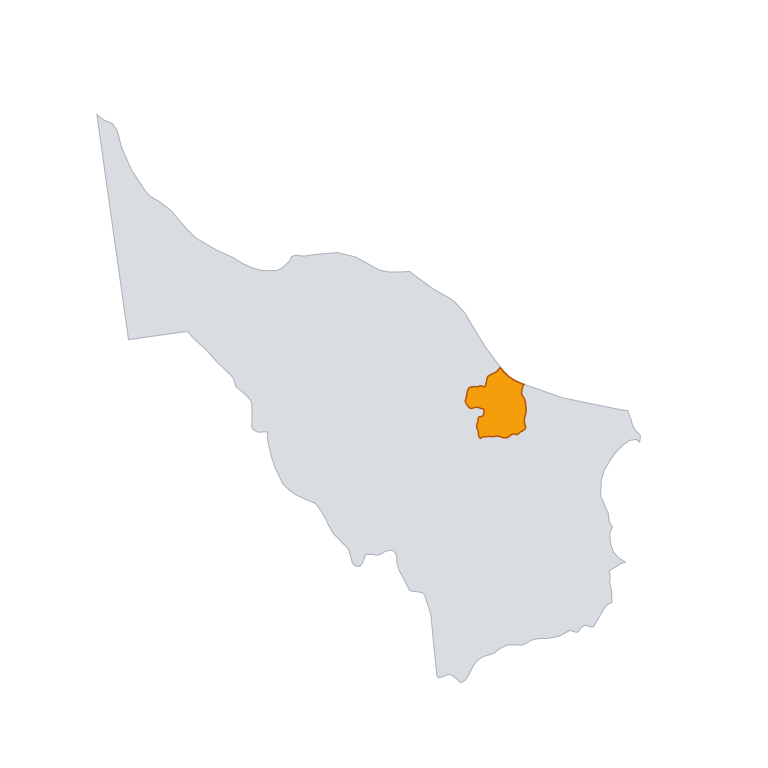 Rabat - Salé - Zemmour - Zaer on a map of Morocco (Mercator projection), rotated 82°
{"feature_id": "MAR-1451", "entity_name": "Rabat - Salé - Zemmour - Zaer", "entity_type": "Region", "adm_level": 1, "iso_a3": "MAR", "parent_name": "Morocco", "parent_adm1": "", "projection": "mercator", "projection_center": [-6.34, 33.685], "detail": "fine", "context": "in_parent", "style": "filled", "palette": "amber", "viewbox_px": 768, "rotation_deg": 82, "n_neighbors": 0, "source": "natural_earth", "source_scale": "10m", "svg_char_len": 3815}
<svg xmlns="http://www.w3.org/2000/svg" viewBox="0 0 768 768"><g transform="rotate(82 384 384)"><path d="M83.6,624.8L88.3,616.6L96.2,612.9L112.6,611.1L137.1,604.2L159.1,593.8L165.3,589.7L171.9,581.4L183.0,570.5L203.6,557.5L213.1,550.2L227.6,531.9L237.2,516.7L245.2,506.9L250.7,498.2L254.6,489.3L256.8,475.1L255.3,469.5L249.2,460.3L245.1,457.9L244.1,453.6L246.2,445.9L246.2,432.8L247.4,411.8L254.2,394.7L270.8,372.3L273.9,363.1L275.8,348.4L276.0,343.2L296.7,322.2L308.9,306.1L313.1,302.1L323.8,294.7L361.3,278.6L382.5,267.0L394.8,258.5L402.2,248.5L422.6,208.9L442.6,152.8L444.3,146.3L453.2,144.4L459.6,143.6L464.7,141.5L471.0,137.2L477.1,138.9L474.0,141.8L474.0,148.8L478.3,156.9L485.8,166.1L499.4,177.7L510.0,182.3L525.1,185.1L542.7,180.0L552.6,179.9L557.4,177.8L562.6,181.0L572.5,182.0L582.1,180.3L589.3,175.4L593.9,169.8L594.6,172.6L594.9,175.6L596.3,177.3L599.1,184.4L600.6,187.2L606.1,186.7L610.9,188.1L621.7,187.5L632.1,188.7L633.5,193.3L636.5,196.9L647.2,205.3L653.6,210.4L653.7,212.2L651.7,216.4L650.8,219.3L652.5,222.4L656.4,226.2L656.7,228.0L655.8,230.1L653.8,234.1L658.1,245.8L658.8,257.2L657.7,265.3L657.7,269.9L658.3,273.9L661.9,283.0L659.5,298.1L662.2,306.3L666.0,312.9L668.0,324.8L671.1,330.4L676.0,335.3L678.9,337.0L684.3,341.0L688.3,344.4L690.6,349.4L685.6,353.6L681.7,357.3L680.6,361.3L682.4,367.6L682.4,371.1L679.9,372.2L669.7,371.8L661.7,371.5L652.5,371.2L639.5,370.6L631.5,370.2L620.5,369.7L616.7,370.0L606.6,371.8L599.4,373.0L598.2,373.4L596.0,374.9L594.5,379.6L593.1,385.0L591.6,387.4L570.2,395.1L561.9,396.2L557.0,395.4L553.6,396.0L550.6,397.7L549.6,400.2L549.5,403.3L550.1,406.5L552.2,411.0L552.5,415.5L551.2,418.6L550.9,421.8L550.3,425.2L551.4,427.1L553.4,427.3L555.5,428.9L558.4,430.3L560.9,433.0L560.7,436.9L558.7,439.1L556.9,440.2L548.9,441.2L542.6,442.0L534.3,448.2L525.5,454.7L515.0,459.0L510.4,460.2L502.4,463.3L492.8,468.4L488.0,476.6L482.0,486.0L476.3,492.3L468.4,498.3L461.1,500.5L451.9,503.4L440.3,505.6L432.0,506.3L429.6,506.8L422.3,507.0L418.8,506.5L416.2,506.3L415.1,506.9L414.7,508.4L414.6,511.8L414.1,515.6L411.8,518.9L410.2,520.3L408.3,520.9L402.2,520.1L397.1,519.0L385.0,517.6L382.6,518.0L381.7,518.4L377.9,520.6L372.1,525.2L368.1,529.3L365.2,531.2L358.1,532.2L355.1,533.7L342.0,543.8L339.2,546.3L325.7,555.1L321.9,558.0L318.9,560.9L310.8,567.4L305.7,570.3L304.7,572.0L304.5,575.9L304.5,584.7L304.5,593.0L304.5,605.2L304.5,617.4L304.5,630.8L77.4,630.8L83.6,624.8Z" fill="#d9dde1" stroke="#a8b0b8" stroke-width="1"/><path d="M383.9,266.7L384.7,266.4L386.4,264.9L388.2,264.3L393.5,260.0L398.8,254.2L403.3,246.7L403.8,245.4L405.6,247.0L406.8,247.1L408.7,248.3L410.7,248.6L412.3,249.2L413.9,248.6L416.0,248.2L418.3,246.8L420.3,246.9L422.1,246.3L424.0,246.7L426.4,246.6L430.2,247.0L433.7,247.9L436.9,249.5L439.6,250.1L441.9,250.3L443.5,250.0L444.7,250.2L446.3,249.5L448.1,250.5L448.7,251.2L449.9,253.5L450.0,254.8L450.9,256.3L452.0,257.8L452.6,259.3L451.3,263.6L451.7,264.7L452.5,265.8L453.0,267.0L453.9,268.1L454.4,269.6L453.7,273.8L452.3,276.3L451.2,279.8L451.2,281.1L451.3,283.1L451.1,285.1L450.4,287.0L450.6,288.6L450.3,290.2L450.3,291.6L450.3,293.1L450.3,294.2L450.6,295.3L451.2,296.2L450.2,297.0L448.8,297.5L443.0,297.3L441.6,297.6L440.6,298.3L439.2,298.3L436.4,297.4L435.5,296.7L434.2,296.3L432.9,296.1L430.5,295.2L429.8,294.4L429.9,293.2L429.7,292.1L429.7,290.8L428.6,289.9L425.2,288.7L423.8,288.6L422.6,289.0L421.8,291.2L420.2,294.2L420.1,295.4L419.8,297.1L420.1,298.4L420.5,301.2L419.2,303.0L414.9,305.4L412.3,306.0L409.4,304.6L403.4,302.7L401.1,301.6L399.6,300.3L398.9,297.4L399.5,292.4L399.9,291.8L399.8,290.6L399.1,289.1L399.4,287.5L400.2,286.4L400.8,285.0L400.5,283.9L398.5,283.4L397.2,282.7L392.3,280.9L390.9,280.1L389.2,276.2L388.7,274.1L387.9,271.8L386.8,269.8L385.9,269.1L384.0,266.8L383.9,266.7Z" fill="#f59e0b" stroke="#b45309" stroke-width="1.5"/></g></svg>